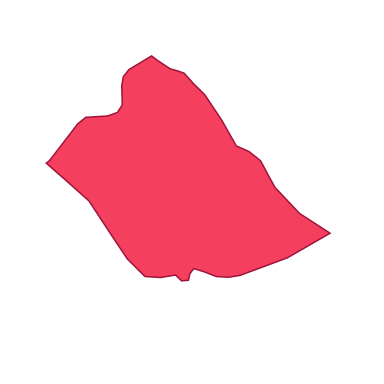 the District of Oğuz, rotated 302°
{"feature_id": "AZE-1725", "entity_name": "Oğuz", "entity_type": "District", "adm_level": 1, "iso_a3": "AZE", "parent_name": "Azerbaijan", "parent_adm1": "", "projection": "orthographic", "projection_center": [47.489, 41.029], "detail": "fine", "context": "isolated", "style": "filled", "palette": "rose", "viewbox_px": 384, "rotation_deg": 302, "n_neighbors": 0, "source": "natural_earth", "source_scale": "10m", "svg_char_len": 672}
<svg xmlns="http://www.w3.org/2000/svg" viewBox="0 0 384 384"><g transform="rotate(302 192 192)"><path d="M139.2,53.1L143.0,54.5L189.3,59.0L199.1,62.4L211.7,80.1L219.9,86.6L229.0,86.7L244.9,76.1L253.6,72.6L262.5,73.7L286.0,85.6L285.3,92.8L284.9,108.2L287.0,115.3L288.6,122.3L284.6,136.2L281.2,151.4L268.5,179.5L254.6,205.1L256.5,219.1L254.8,233.6L247.3,246.7L239.9,259.9L230.8,294.5L230.2,330.9L186.8,307.8L146.7,276.9L139.1,268.2L133.2,257.5L130.8,244.8L128.0,234.1L121.7,233.5L115.2,235.8L111.1,230.2L112.9,222.1L102.9,210.8L95.4,196.9L100.9,172.8L110.8,150.7L120.3,130.0L129.8,109.4L135.3,77.3L139.2,53.1Z" fill="#f43f5e" stroke="#9f1239" stroke-width="1.5"/></g></svg>